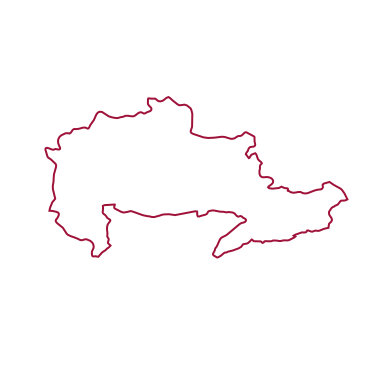 SVG path tracing the border of Ayacucho, rotated 104°
{"feature_id": "PER-586", "entity_name": "Ayacucho", "entity_type": "Department", "adm_level": 1, "iso_a3": "PER", "parent_name": "Peru", "parent_adm1": "", "projection": "natural_earth1", "projection_center": [-74.059, -13.878], "detail": "fine", "context": "isolated", "style": "outline", "palette": "rose", "viewbox_px": 384, "rotation_deg": 104, "n_neighbors": 0, "source": "natural_earth", "source_scale": "10m", "svg_char_len": 6075}
<svg xmlns="http://www.w3.org/2000/svg" viewBox="0 0 384 384"><g transform="rotate(104 192 192)"><path d="M193.7,50.9L195.8,55.0L198.7,59.0L199.2,60.1L199.5,62.4L199.9,63.5L200.7,64.7L201.2,65.3L201.5,65.9L201.5,67.5L201.2,69.9L201.5,70.9L202.8,71.3L203.6,71.9L204.1,73.1L204.6,75.6L208.7,81.8L209.8,82.8L210.3,81.0L211.5,81.9L215.2,86.2L215.8,87.4L216.5,90.4L217.0,92.0L218.1,94.0L218.4,95.1L218.7,98.3L219.4,101.5L220.4,102.8L220.9,104.3L222.0,108.9L222.3,109.7L223.6,110.3L224.2,110.9L224.3,111.5L224.0,111.8L223.3,113.3L224.8,120.2L223.7,122.1L223.7,122.7L225.0,123.3L227.6,125.0L228.6,126.0L230.2,129.5L230.7,130.0L233.1,130.9L235.3,133.0L239.1,138.6L241.1,142.5L242.5,144.2L242.8,145.4L243.4,146.1L247.0,148.7L249.0,150.8L249.5,151.8L249.2,152.7L248.5,155.2L248.0,156.1L247.3,156.6L246.4,156.6L243.8,155.9L242.8,155.8L241.6,155.8L240.6,155.6L239.2,154.9L238.4,154.7L231.2,153.4L229.1,152.3L226.0,148.7L224.8,147.6L211.7,138.1L210.2,136.6L209.2,134.7L208.3,133.4L207.4,132.9L206.5,132.7L205.8,133.0L205.3,133.7L205.0,134.5L204.5,136.4L203.7,137.9L203.6,138.7L203.8,139.5L204.8,141.3L204.3,142.9L202.6,145.4L202.2,146.7L202.1,147.9L202.5,151.0L202.6,151.8L203.4,153.5L203.6,156.7L204.3,160.0L204.6,166.0L204.9,167.5L206.0,170.2L206.6,171.1L207.2,171.6L209.2,172.1L209.9,172.5L210.4,173.1L210.9,173.7L212.6,176.9L214.1,179.2L214.2,180.5L213.7,180.9L212.9,181.4L209.7,182.3L210.0,184.4L218.5,202.8L219.1,208.7L220.1,212.4L220.7,214.2L221.3,215.5L223.1,218.3L225.5,222.7L225.8,224.2L226.0,225.4L225.9,226.8L226.3,230.4L226.4,233.9L225.3,245.4L225.4,247.0L227.3,250.6L228.4,253.2L228.5,255.3L226.8,262.6L226.2,263.6L225.4,263.9L223.6,263.8L222.9,263.9L223.0,264.5L225.9,273.7L227.0,275.1L230.4,274.1L232.7,273.9L233.5,273.6L234.1,273.2L234.6,272.5L235.3,270.8L235.7,270.1L237.3,268.3L237.8,267.6L238.1,266.7L238.7,264.9L239.2,264.4L239.9,264.4L240.7,264.6L242.4,265.4L243.6,265.8L244.6,266.0L245.4,266.0L247.1,265.8L248.9,265.4L252.1,264.2L253.7,263.8L255.0,263.7L255.7,263.4L256.3,262.9L257.4,261.7L258.1,261.4L258.9,261.3L260.2,261.4L261.2,261.3L262.0,261.0L262.5,260.3L263.2,258.9L263.7,258.1L265.9,259.3L267.4,260.7L269.3,261.8L271.7,264.0L272.6,264.7L277.5,267.2L277.7,270.1L278.4,272.1L278.3,273.0L277.8,273.5L277.1,273.9L275.4,274.4L274.5,274.6L273.5,274.6L270.2,274.0L269.2,274.1L268.3,274.4L266.9,275.0L266.2,275.5L265.2,276.6L264.5,277.9L264.0,278.9L263.4,282.9L264.0,284.8L265.0,286.3L265.5,287.5L265.6,288.6L265.5,289.6L265.1,291.0L264.6,294.4L264.2,298.8L263.5,302.3L262.6,303.7L258.1,308.5L257.6,309.4L255.1,314.8L254.2,316.3L253.7,316.8L253.1,317.2L252.6,317.3L252.0,317.3L249.7,316.3L248.0,315.9L246.4,315.7L245.6,315.9L244.9,316.2L244.4,316.9L244.0,319.5L244.2,323.2L244.7,325.8L241.6,325.9L236.0,325.1L234.5,324.5L233.9,324.1L231.6,323.1L222.8,327.7L219.5,328.6L216.1,328.8L208.4,330.2L200.4,330.0L199.0,330.3L198.0,330.9L197.5,331.5L194.5,336.8L193.6,339.4L193.1,340.3L192.3,341.0L186.5,344.4L185.3,344.6L184.6,344.2L184.3,343.5L184.2,342.6L184.2,341.7L184.7,337.8L184.6,337.0L184.3,336.3L183.4,335.1L183.3,334.6L183.1,332.1L182.9,331.2L182.2,330.5L181.5,330.5L180.8,330.8L179.0,332.3L177.2,333.5L175.4,334.2L174.4,334.4L173.6,334.5L172.2,334.3L170.5,333.8L169.8,333.4L168.5,332.4L165.9,329.3L165.5,328.5L165.2,327.7L165.0,326.8L164.9,325.0L163.5,323.8L160.6,322.8L159.7,322.0L159.2,321.0L159.1,320.0L158.6,318.5L157.9,316.8L156.1,313.7L155.5,312.0L155.3,310.7L155.7,309.0L155.6,308.2L155.0,307.7L154.3,307.4L151.5,306.8L145.8,304.6L140.1,303.6L138.0,302.7L137.3,302.1L136.7,301.4L136.4,300.5L136.1,298.7L138.7,291.0L138.8,289.7L138.9,286.7L138.6,283.5L138.4,282.5L138.0,281.6L136.7,279.4L135.6,276.9L134.2,275.1L133.5,272.5L133.3,269.8L133.0,268.2L132.7,267.1L131.7,265.8L128.4,263.2L127.7,262.4L127.0,261.1L127.0,260.0L127.5,257.7L127.2,256.8L125.3,254.7L124.4,253.3L123.8,252.4L123.0,251.7L122.3,251.4L121.4,251.4L120.7,251.7L120.1,252.2L118.3,255.0L117.8,255.6L117.1,256.1L116.4,256.3L112.5,257.2L111.8,257.0L111.5,256.3L111.3,254.1L110.3,250.3L111.9,246.8L111.8,244.8L111.0,243.3L110.6,242.6L110.0,242.0L106.8,239.5L105.6,237.9L106.1,236.2L106.8,234.8L107.6,233.5L110.4,227.3L110.9,225.6L110.5,224.0L109.1,220.5L109.1,219.1L109.3,217.7L109.7,216.8L111.2,213.6L113.0,212.2L116.1,210.6L128.7,207.7L132.8,208.0L134.0,207.8L134.6,207.2L135.1,206.1L135.4,204.5L136.2,194.1L135.7,189.5L133.9,183.5L131.2,176.5L130.7,173.8L131.0,167.1L130.6,165.6L130.0,164.4L129.3,163.4L127.5,161.8L126.9,161.2L126.5,160.5L125.9,158.7L125.5,157.9L124.3,156.9L122.2,155.6L121.5,155.1L121.1,154.5L120.9,153.8L123.0,145.5L123.3,144.9L123.8,144.6L127.6,143.6L130.5,142.2L131.2,142.1L132.0,142.2L132.6,142.7L133.1,143.4L134.2,146.1L134.6,146.7L135.4,147.2L136.6,147.6L138.7,147.8L140.7,148.7L142.3,148.9L144.9,145.7L145.4,145.0L145.1,144.6L144.0,144.2L143.1,144.0L141.4,143.3L139.1,140.1L139.5,139.3L140.4,138.4L144.1,136.0L145.0,134.8L146.3,132.2L146.7,131.6L147.3,131.2L147.9,131.4L149.2,132.2L149.9,132.3L150.8,132.3L152.4,131.8L153.3,131.7L154.8,131.7L157.5,131.1L158.5,130.6L159.8,129.6L160.4,128.4L160.6,127.4L160.5,126.6L160.3,125.7L159.7,124.1L159.2,122.2L159.2,120.1L159.3,119.1L159.6,118.2L160.0,117.4L160.5,116.8L161.1,116.3L161.9,115.9L162.8,115.7L163.9,115.9L165.6,116.9L167.9,118.9L168.5,119.2L169.0,119.3L169.6,118.3L169.5,116.2L169.3,114.8L167.1,108.6L165.2,106.5L165.7,103.7L165.7,102.9L165.4,100.1L165.9,99.6L166.4,99.4L167.4,99.5L167.6,99.4L167.7,99.1L167.7,97.8L168.2,96.6L168.3,95.6L168.2,93.4L167.9,92.5L166.2,88.6L165.9,87.4L165.7,86.5L166.0,85.6L166.2,84.6L166.2,82.8L166.0,81.8L165.6,80.5L164.8,79.0L161.0,73.6L159.6,71.1L158.1,67.3L157.7,66.9L157.2,66.5L156.1,66.2L155.0,66.3L154.0,66.8L153.1,67.0L151.8,65.9L149.0,61.0L150.8,56.2L152.8,48.7L153.3,47.7L154.0,46.6L156.6,43.6L161.6,39.4L163.0,41.2L163.3,41.8L163.7,43.0L164.1,44.5L164.4,45.3L164.7,45.6L165.3,45.9L167.8,47.0L168.6,47.4L169.2,47.8L170.7,49.8L171.9,50.8L172.9,52.1L173.6,52.6L174.4,53.0L177.6,54.1L178.2,54.2L178.9,54.1L180.3,53.6L181.4,52.8L183.3,50.6L185.0,49.5L185.5,49.4L186.2,49.5L187.4,49.9L189.4,51.2L190.5,51.3L193.7,50.9Z" fill="none" stroke="#9f1239" stroke-width="2"/></g></svg>